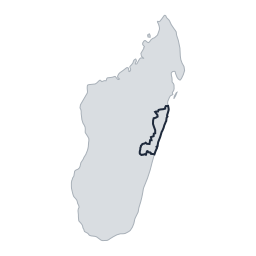 where Atsinanana sits in Madagascar
{"feature_id": "MDG-5868", "entity_name": "Atsinanana", "entity_type": "Autonomous Province", "adm_level": 1, "iso_a3": "MDG", "parent_name": "Madagascar", "parent_adm1": "", "projection": "albers", "projection_center": [48.339, -18.983], "detail": "medium", "context": "in_parent", "style": "outline", "palette": "slate", "viewbox_px": 256, "rotation_deg": 0, "n_neighbors": 0, "source": "natural_earth", "source_scale": "10m", "svg_char_len": 4802}
<svg xmlns="http://www.w3.org/2000/svg" viewBox="0 0 256 256"><path d="M169.7,21.2L170.5,23.0L171.3,24.7L174.0,28.7L175.2,30.3L176.2,31.9L176.6,35.2L178.3,40.4L179.9,48.1L180.3,56.0L180.8,59.6L182.0,63.0L184.0,66.6L184.6,70.5L183.3,74.6L181.5,78.4L181.0,79.1L180.1,80.1L179.7,80.0L178.3,79.0L177.1,77.4L175.6,73.6L175.1,71.6L174.5,71.3L172.7,71.5L171.4,72.7L171.2,73.4L171.4,75.6L171.9,77.5L172.1,79.5L172.1,81.9L172.6,82.7L173.3,83.3L174.0,85.0L174.1,88.8L173.6,90.7L172.4,92.4L172.4,93.3L172.9,94.3L172.4,94.8L170.8,95.6L170.1,96.2L169.2,97.9L167.8,101.3L167.6,103.1L168.4,108.5L168.1,112.3L166.3,119.6L165.2,123.1L163.7,127.2L161.4,132.7L159.2,139.6L157.2,146.6L155.8,150.9L154.2,155.0L152.1,162.4L150.2,169.9L147.5,178.2L143.8,187.4L143.4,188.6L142.6,193.3L141.8,197.3L140.8,201.4L138.8,208.0L138.5,210.1L138.1,212.1L136.1,216.2L135.3,217.8L134.7,219.4L134.3,221.5L133.8,223.6L132.3,227.3L130.2,230.5L128.7,231.6L125.5,233.3L123.9,233.7L120.3,233.8L116.9,234.8L113.3,236.7L109.9,238.8L108.5,239.8L107.1,240.4L102.5,240.6L101.1,240.2L96.5,236.8L94.7,236.3L91.3,235.9L90.3,235.6L89.3,235.2L87.9,233.4L85.2,231.9L84.5,231.5L84.1,230.4L83.8,229.3L83.0,228.0L82.5,225.6L81.5,223.9L78.9,221.0L78.7,220.1L78.4,216.9L78.4,214.7L78.0,210.8L78.3,208.9L79.1,207.2L78.7,205.4L77.7,203.5L77.3,201.6L76.6,199.8L73.8,196.6L73.2,195.1L72.7,193.4L71.5,188.3L71.4,186.5L71.4,182.7L71.7,180.8L72.3,179.4L72.5,178.4L72.9,177.5L73.5,176.8L73.9,175.9L74.7,171.1L76.0,170.0L77.8,169.3L79.3,168.0L80.1,166.3L80.9,162.7L83.2,159.2L84.0,157.3L85.8,154.5L87.4,150.5L87.9,148.7L88.3,146.8L88.6,142.6L88.9,140.6L88.8,138.5L87.7,136.4L85.3,132.7L85.2,132.0L85.3,129.1L85.1,127.1L84.2,125.1L83.0,123.2L81.9,119.6L81.2,113.7L81.2,111.6L80.9,109.7L80.0,107.9L80.5,104.7L87.3,93.0L87.5,91.6L87.2,88.1L87.3,86.1L87.5,85.3L88.0,84.9L89.2,84.6L95.0,84.0L95.7,83.7L97.1,82.7L99.0,80.8L99.9,80.2L100.7,80.4L101.2,81.2L101.9,81.6L104.2,80.7L105.1,80.7L106.0,80.8L106.4,80.0L106.6,79.0L107.0,78.2L107.6,77.8L110.6,77.5L112.5,77.2L114.9,76.4L115.4,76.6L117.5,79.2L118.1,79.4L118.8,79.5L119.5,79.0L117.9,77.6L117.6,76.9L117.7,76.0L118.6,74.1L120.0,72.6L123.2,70.4L126.5,67.8L127.5,67.6L128.3,68.0L129.0,71.0L128.9,71.5L129.4,71.6L130.0,71.2L130.6,70.0L130.6,69.0L130.1,68.0L129.9,67.2L129.9,66.5L131.6,64.7L132.9,63.0L133.5,61.0L134.1,60.0L135.5,59.0L135.9,59.2L136.2,60.0L136.4,60.9L136.0,61.8L135.5,62.7L135.3,63.9L136.1,64.1L136.9,63.8L138.0,61.7L139.2,59.6L139.9,58.6L140.9,57.9L142.4,58.0L144.0,58.5L141.5,56.3L140.9,53.4L143.8,48.4L143.8,47.3L144.3,47.0L144.5,46.6L142.9,44.9L142.6,44.0L142.8,42.8L143.6,41.6L144.2,40.8L145.2,40.5L145.9,41.0L147.6,42.4L148.7,42.6L150.0,41.2L151.1,39.6L152.8,38.4L154.6,37.7L157.5,35.1L159.4,29.6L159.5,28.0L159.1,26.0L158.5,24.1L157.4,21.8L157.7,21.3L159.2,21.6L159.8,21.3L161.5,19.3L164.3,15.4L165.2,15.4L166.0,16.1L166.3,17.2L166.9,18.0L168.8,19.8L169.7,21.2ZM150.1,36.7L150.1,37.3L148.0,37.0L147.6,34.9L148.7,34.9L148.9,34.0L149.5,33.9L150.2,35.8L150.1,36.7ZM175.6,95.8L173.8,98.8L174.3,96.3L176.4,92.6L177.0,92.3L175.6,95.8Z" fill="#d9dde1" stroke="#a8b0b8" stroke-width="1"/><path d="M168.1,105.9L168.6,108.4L168.7,109.5L168.5,110.6L167.9,112.6L167.1,115.1L167.1,115.4L167.1,115.7L167.2,116.0L167.5,116.4L167.5,116.6L167.4,116.7L167.1,116.9L166.6,117.8L166.2,121.1L166.1,121.3L165.8,121.7L165.7,121.9L165.3,123.0L164.4,125.0L163.5,128.1L162.3,130.9L161.7,131.8L160.2,137.0L158.2,142.1L157.7,144.8L157.6,145.2L157.7,145.8L157.1,147.3L157.0,147.1L156.9,146.8L156.6,146.7L156.5,146.8L156.6,147.0L156.9,147.6L157.0,147.8L157.0,148.0L155.7,150.7L154.8,153.2L154.4,154.4L153.0,154.0L151.9,154.0L151.1,153.8L150.9,153.8L150.8,153.6L150.7,153.1L150.7,152.8L150.5,152.7L150.2,152.4L149.8,152.3L149.3,152.4L149.1,152.5L148.8,152.3L148.4,152.1L148.1,151.9L147.8,151.3L147.6,151.2L147.3,151.1L147.1,151.2L147.0,151.3L146.9,151.5L147.1,151.8L146.9,152.0L146.8,152.4L146.6,152.6L146.5,153.0L146.0,153.8L146.0,154.0L146.1,154.5L145.9,154.8L145.5,154.6L145.2,154.4L144.9,154.2L144.6,154.2L144.4,154.2L144.2,154.3L143.8,154.6L143.6,154.6L143.4,154.7L142.8,154.6L142.6,154.7L142.2,154.9L141.5,155.0L141.3,154.9L141.1,154.8L141.0,154.6L140.7,154.4L140.6,154.2L140.1,154.0L140.0,153.9L140.0,153.7L139.8,153.5L139.8,153.3L139.7,152.0L139.8,151.5L140.0,150.4L140.2,149.8L140.3,149.5L140.3,148.7L140.4,147.9L140.4,147.6L140.9,146.8L140.9,146.6L140.9,145.9L141.0,145.7L141.3,145.4L141.5,145.2L141.9,144.8L142.4,144.0L144.6,143.5L145.7,142.7L146.9,143.8L149.5,144.0L150.1,140.2L151.5,140.2L150.9,137.1L153.6,136.2L153.8,133.7L155.2,133.3L155.2,130.2L153.8,126.4L153.0,123.9L153.1,120.5L153.7,118.2L155.6,117.8L157.6,116.6L157.4,114.9L156.0,113.2L155.1,111.9L156.0,111.5L158.0,111.5L158.6,109.9L160.8,109.4L163.2,109.2L165.2,108.6L165.2,107.4L165.8,106.1L168.1,105.9Z" fill="none" stroke="#1e293b" stroke-width="2"/></svg>